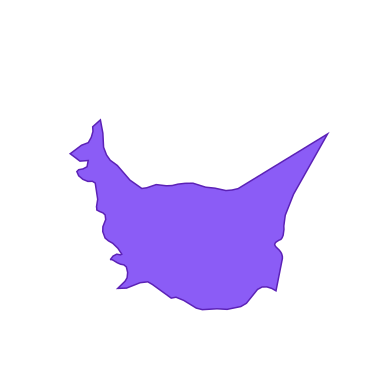 SVG path tracing the border of Al Qalyubiyah, rotated 302°
{"feature_id": "EGY-1534", "entity_name": "Al Qalyubiyah", "entity_type": "Governorate", "adm_level": 1, "iso_a3": "EGY", "parent_name": "Egypt", "parent_adm1": "", "projection": "mercator", "projection_center": [31.238, 30.352], "detail": "fine", "context": "isolated", "style": "filled", "palette": "violet", "viewbox_px": 384, "rotation_deg": 302, "n_neighbors": 0, "source": "natural_earth", "source_scale": "10m", "svg_char_len": 1390}
<svg xmlns="http://www.w3.org/2000/svg" viewBox="0 0 384 384"><g transform="rotate(302 192 192)"><path d="M313.1,276.2L243.9,279.3L221.7,283.4L211.8,287.9L209.0,289.8L203.7,292.2L200.9,292.7L198.9,292.5L197.2,291.3L194.3,289.9L192.6,289.6L191.2,290.0L190.5,290.9L189.9,292.4L189.0,296.6L188.2,298.8L187.3,300.5L186.2,301.8L185.1,302.9L183.5,303.9L152.7,315.6L152.5,310.8L151.2,305.8L148.6,301.8L144.1,299.2L126.5,297.1L120.7,294.1L111.1,284.0L106.2,275.1L97.7,263.1L95.8,257.1L95.7,242.5L94.3,234.2L91.0,230.6L92.6,207.4L92.4,202.1L87.6,196.1L75.8,187.4L70.9,180.1L80.8,182.5L84.9,182.4L89.6,180.1L93.7,176.0L94.1,172.8L92.9,169.7L92.4,166.2L92.3,160.2L91.3,158.3L91.7,158.6L95.8,159.0L99.4,161.1L100.8,164.7L102.1,165.4L105.0,159.0L106.5,152.0L106.3,147.0L106.9,142.7L111.1,137.3L115.4,134.8L122.9,133.4L126.5,130.5L127.1,127.6L126.5,124.0L126.3,120.8L128.2,119.5L128.7,118.9L135.8,115.9L148.3,105.2L148.3,101.9L145.8,98.1L144.9,92.7L145.7,87.3L148.3,83.5L150.9,84.1L153.8,87.3L157.8,89.6L163.7,87.3L158.8,80.6L159.9,68.4L173.1,73.5L178.9,77.9L185.0,77.6L190.9,75.9L194.7,73.2L204.6,76.1L194.7,85.2L183.1,93.3L178.1,99.9L175.6,105.8L174.9,114.7L169.2,133.1L168.4,147.6L171.6,151.4L179.3,157.7L183.7,167.0L187.0,171.8L191.2,175.9L195.6,181.4L200.0,188.2L203.3,201.0L207.4,209.4L211.2,220.0L214.9,224.9L219.3,229.3L313.1,276.2Z" fill="#8b5cf6" stroke="#5b21b6" stroke-width="1.5"/></g></svg>